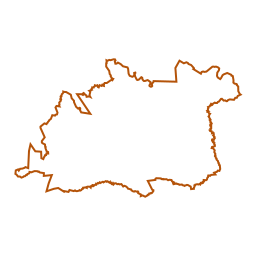 outline of Rosario, Chihuahua, Mexico
{"feature_id": "50627088B90128924011430", "entity_name": "Rosario", "entity_type": "district", "adm_level": 2, "iso_a3": "MEX", "parent_name": "Mexico", "parent_adm1": "Chihuahua", "projection": "mercator", "projection_center": [-106.293, 27.279], "detail": "fine", "context": "isolated", "style": "outline", "palette": "amber", "viewbox_px": 256, "rotation_deg": 0, "n_neighbors": 0, "source": "geoboundaries", "source_scale": "gbopen_adm2", "svg_char_len": 5797}
<svg xmlns="http://www.w3.org/2000/svg" viewBox="0 0 256 256"><path d="M53.9,188.8L58.2,188.0L64.8,192.2L64.2,191.1L68.5,191.9L69.5,190.0L73.8,191.1L75.0,190.4L75.5,190.9L76.9,191.2L79.3,190.6L79.5,190.2L80.2,190.6L81.3,190.1L82.0,189.0L82.8,188.9L83.4,188.2L83.2,187.7L85.3,187.4L86.7,187.9L86.6,187.0L87.4,186.7L89.7,186.7L90.7,187.6L91.0,186.2L92.5,186.2L92.2,185.3L92.5,185.0L93.3,185.1L93.8,185.8L95.0,184.8L96.1,184.8L96.1,183.8L96.8,184.0L97.8,183.0L98.5,183.4L99.7,182.3L100.3,183.0L102.7,181.8L103.4,181.9L103.6,182.3L105.9,181.1L106.8,181.8L107.6,181.3L109.2,182.5L109.9,182.0L109.9,182.8L110.4,183.1L111.5,182.7L111.8,184.1L112.2,184.3L113.1,183.3L113.6,184.4L114.5,183.4L115.9,183.3L117.2,184.2L118.7,183.9L119.4,184.4L121.4,184.1L123.2,186.5L124.3,185.8L125.8,186.3L127.4,187.6L127.9,188.6L131.2,189.5L131.5,190.4L133.2,191.4L134.2,191.6L135.0,191.1L136.9,191.7L137.8,191.4L138.3,192.0L138.2,193.2L140.9,194.5L140.8,196.1L142.6,195.4L145.2,196.7L147.6,195.4L147.7,194.8L148.7,194.7L149.2,193.5L150.6,193.5L150.7,193.1L152.0,192.9L153.4,191.0L153.4,190.2L152.2,189.7L147.8,180.9L155.4,179.9L155.5,178.7L156.3,178.2L160.9,178.4L161.5,179.1L162.5,179.0L163.1,179.4L163.7,179.0L164.4,179.3L166.5,179.2L168.1,180.2L169.4,179.8L171.5,180.0L172.0,181.3L173.9,182.3L173.0,183.0L173.5,184.2L176.6,183.5L176.9,183.9L178.8,184.2L179.3,184.8L181.9,184.5L182.5,185.2L184.0,185.4L184.4,185.9L186.9,184.9L187.8,185.0L190.7,186.6L191.1,189.1L193.9,188.8L193.8,187.7L194.6,186.6L194.4,185.4L195.1,185.2L195.2,184.7L197.2,184.2L198.5,184.5L199.4,184.0L200.2,184.5L200.7,183.0L201.6,183.4L202.6,183.1L202.4,182.6L202.9,182.3L202.6,182.0L203.1,181.6L203.7,181.8L204.1,181.3L204.2,180.7L203.7,180.5L203.7,180.0L206.0,180.2L206.9,179.6L207.4,177.6L208.0,177.2L208.2,175.5L209.2,175.4L210.0,175.9L211.1,174.9L215.4,174.5L214.1,172.7L216.9,171.8L217.8,170.6L219.4,170.9L220.2,169.0L219.8,165.3L219.1,165.0L219.2,164.2L218.5,163.4L218.7,162.8L218.0,161.8L218.0,161.1L216.5,159.5L216.6,158.5L215.8,157.9L215.6,156.5L215.2,156.3L215.5,155.8L215.0,155.3L215.4,154.0L214.3,152.1L214.7,150.3L213.0,148.2L211.7,148.1L212.0,147.0L214.8,146.2L214.9,145.0L214.1,144.0L214.4,143.0L213.5,142.6L213.6,141.7L212.8,141.8L212.6,141.0L212.0,140.6L212.1,139.5L212.6,139.3L213.9,139.5L214.8,138.1L214.1,137.4L214.4,136.8L213.8,136.4L213.8,135.3L213.3,135.2L213.8,134.3L213.6,133.2L213.1,133.3L212.8,132.5L212.1,132.9L212.2,132.3L211.5,131.8L211.5,131.2L210.0,130.9L209.7,130.3L210.4,130.1L210.4,129.6L211.0,128.9L210.5,128.4L211.2,127.8L211.2,126.2L210.4,126.0L210.2,125.4L211.2,125.2L211.2,124.9L210.7,124.5L211.7,123.6L211.2,122.6L210.5,122.5L210.7,122.0L209.9,120.5L210.3,120.5L210.6,119.8L208.6,116.5L209.1,116.2L209.2,114.9L210.0,113.8L209.2,113.5L208.4,112.2L207.3,111.8L207.5,111.3L208.2,111.1L207.4,110.6L208.0,110.2L207.9,108.8L208.4,108.1L208.0,107.0L209.7,106.4L210.0,105.6L210.8,105.4L210.6,104.7L211.1,103.8L212.4,104.7L213.0,103.7L214.8,102.6L215.6,103.0L217.1,103.0L217.8,102.0L218.9,101.6L221.0,98.9L221.9,98.8L223.7,100.6L225.2,100.4L226.4,101.2L227.2,101.1L228.0,100.1L229.8,99.4L234.0,99.8L235.3,97.8L236.8,97.8L237.7,96.0L240.6,94.6L239.7,93.9L238.3,91.2L238.2,86.5L236.8,85.0L236.9,84.4L236.5,84.0L234.5,83.6L233.4,82.6L233.5,80.2L232.8,76.1L231.5,75.7L231.3,74.8L227.2,73.0L223.7,74.4L222.6,75.2L221.0,78.2L220.2,79.1L217.8,77.5L217.0,75.9L217.3,72.6L218.9,70.3L219.2,68.4L217.9,67.3L216.0,66.6L214.5,66.9L213.8,66.6L212.4,66.7L206.4,71.6L204.3,71.9L203.1,71.5L201.6,72.0L200.9,73.7L193.4,69.1L194.0,68.6L193.9,68.1L191.1,65.0L188.5,64.0L187.9,63.0L186.4,62.3L183.8,63.3L179.5,60.7L175.4,68.0L176.4,81.7L153.6,81.1L153.4,82.1L151.8,83.8L152.2,86.0L151.6,86.6L150.7,86.7L149.6,86.1L149.4,85.3L150.3,83.8L150.5,82.1L148.2,80.4L147.5,80.1L144.9,81.0L143.7,80.9L142.5,79.5L142.2,77.7L141.3,77.2L139.0,79.5L137.7,80.0L136.8,79.7L135.1,76.4L134.7,73.6L135.4,72.9L135.3,72.6L134.2,72.9L134.3,75.3L133.0,76.5L132.3,76.8L129.7,75.8L128.6,73.7L128.1,68.7L127.5,67.4L123.0,66.3L120.7,64.1L117.9,62.6L116.6,63.6L115.4,63.7L114.8,61.4L115.5,60.4L115.0,59.4L113.6,59.3L110.5,60.2L109.2,59.9L107.5,60.8L106.5,60.3L106.7,63.0L106.2,63.2L106.2,66.6L109.2,70.9L109.7,74.0L110.8,75.4L110.7,76.5L111.7,77.8L111.7,78.4L113.2,78.9L112.4,80.2L111.9,79.8L110.4,80.5L106.8,83.0L104.7,83.0L103.9,84.0L104.0,84.7L103.6,85.1L103.8,85.9L103.0,85.7L102.2,84.8L101.5,85.9L99.6,85.2L98.7,87.4L97.9,87.0L97.3,85.3L96.4,85.7L94.9,85.3L94.8,86.3L93.9,86.8L93.7,87.5L92.2,87.4L92.2,88.0L91.4,89.1L91.9,89.8L89.3,90.8L90.3,91.6L89.5,95.3L90.3,96.9L89.3,96.4L86.6,96.8L86.3,95.4L84.9,94.5L84.3,93.5L83.5,93.0L83.0,93.5L83.3,94.7L83.0,95.0L81.5,94.2L77.1,94.2L90.3,113.8L81.2,112.4L79.8,109.7L80.3,108.9L80.1,108.1L79.4,107.8L78.1,108.6L76.1,106.8L74.0,102.1L74.0,100.8L71.7,98.3L70.8,94.7L66.1,92.0L64.7,92.0L63.3,91.6L63.4,92.4L62.5,93.7L61.8,94.2L61.6,95.3L60.8,96.2L61.2,96.6L60.7,96.9L60.9,98.2L60.3,99.0L61.1,99.5L60.5,101.3L60.1,101.4L59.2,102.6L59.5,104.8L58.8,105.4L59.4,106.4L56.5,106.0L55.5,107.5L57.5,112.6L57.0,114.4L55.4,114.8L55.0,115.6L52.3,115.2L50.9,118.9L49.1,120.3L48.9,121.0L48.1,121.7L47.5,122.9L46.8,123.3L46.5,124.1L44.4,123.4L40.5,126.6L40.5,127.9L44.7,137.3L41.9,141.0L41.8,142.2L42.3,143.1L45.0,144.5L45.2,146.9L45.7,147.1L45.5,148.3L46.7,151.4L48.1,152.0L48.2,153.5L46.4,153.5L46.1,155.1L44.9,155.3L44.7,156.4L44.1,157.0L43.3,159.1L41.4,158.2L41.1,151.7L35.3,151.3L30.5,144.3L29.0,151.0L28.2,168.1L25.4,167.1L24.6,167.8L22.4,168.6L20.1,168.8L18.8,170.6L18.1,169.4L15.8,170.4L15.4,173.9L16.5,174.6L18.0,176.5L19.9,176.5L21.4,177.6L23.1,177.0L23.8,176.3L25.0,176.2L26.1,175.0L26.8,175.1L27.4,174.0L28.8,173.6L29.3,173.1L29.5,171.9L31.4,172.3L34.5,171.1L37.3,171.2L38.2,171.8L38.8,171.5L39.9,172.5L43.9,173.1L43.8,175.9L51.8,175.1L48.7,183.3L46.5,191.3L53.9,188.8Z" fill="none" stroke="#b45309" stroke-width="2"/></svg>